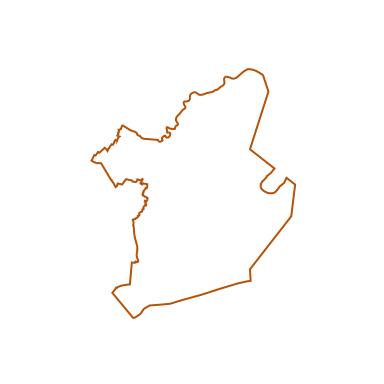 the district of Het Hogeland, Groningen, Netherlands, rotated 127°
{"feature_id": "6326949B63985747686653", "entity_name": "Het Hogeland", "entity_type": "district", "adm_level": 2, "iso_a3": "NLD", "parent_name": "Netherlands", "parent_adm1": "Groningen", "projection": "orthographic", "projection_center": [6.588, 53.413], "detail": "fine", "context": "isolated", "style": "outline", "palette": "amber", "viewbox_px": 384, "rotation_deg": 127, "n_neighbors": 0, "source": "geoboundaries", "source_scale": "gbopen_adm2", "svg_char_len": 5850}
<svg xmlns="http://www.w3.org/2000/svg" viewBox="0 0 384 384"><g transform="rotate(127 192 192)"><path d="M234.0,255.9L233.0,255.6L232.6,255.6L232.1,255.7L232.0,255.8L231.9,255.7L231.4,255.8L230.4,256.3L229.9,256.4L228.0,252.3L227.8,252.4L225.2,252.3L224.8,252.4L221.5,252.4L219.0,247.0L219.2,246.3L219.4,245.8L218.5,244.0L217.9,242.8L216.1,242.6L214.8,243.2L213.4,239.4L212.0,239.6L211.9,239.6L211.8,239.4L211.5,239.4L211.5,239.1L212.6,238.8L213.2,238.8L214.5,238.5L216.2,238.3L215.9,236.2L214.7,236.5L212.7,232.4L215.0,230.8L215.3,230.6L215.9,230.6L216.2,230.5L216.3,230.5L216.3,231.1L216.4,231.3L219.7,231.1L220.1,231.3L220.6,231.3L220.8,231.2L220.7,231.0L220.8,230.8L221.1,230.6L221.6,230.5L222.0,230.6L222.3,230.6L222.5,230.4L222.4,230.2L222.6,230.0L222.9,230.0L223.1,230.2L223.7,230.2L223.8,230.0L223.7,229.8L223.8,229.6L224.2,229.4L224.3,229.2L224.4,228.8L224.3,228.6L224.1,228.3L224.0,227.6L224.1,227.2L223.7,225.4L223.6,224.9L223.7,224.4L223.6,224.1L223.6,223.9L224.1,223.9L224.9,223.1L225.3,222.9L226.0,222.9L226.9,222.8L227.3,224.3L227.7,224.2L227.2,222.7L228.7,222.6L229.5,222.3L229.7,222.1L229.7,221.7L229.6,221.3L229.5,221.1L229.8,220.8L230.5,220.6L231.3,221.5L231.5,221.6L232.6,221.6L233.2,221.7L233.7,221.5L233.9,221.2L234.4,220.8L234.6,221.1L234.9,221.1L234.9,220.5L235.6,220.7L235.8,221.0L236.5,220.6L236.8,220.6L237.0,220.6L237.5,220.2L238.0,220.2L239.2,221.1L240.1,221.4L240.6,221.3L241.5,221.0L241.6,220.9L241.6,220.6L241.9,220.2L242.1,220.1L242.7,220.0L243.0,220.1L243.5,220.7L243.8,220.9L244.0,220.8L244.4,220.3L245.1,220.2L246.4,220.7L247.0,221.1L247.3,221.2L247.7,221.0L249.2,222.3L249.7,222.7L250.3,222.1L251.1,220.8L251.5,220.3L252.5,219.7L253.1,219.5L253.3,219.2L253.7,218.8L254.0,218.8L254.0,218.7L253.9,218.6L254.8,217.9L255.8,216.7L259.5,213.5L261.6,211.5L263.0,209.9L268.6,202.8L270.5,201.4L270.5,201.2L271.4,200.8L272.7,199.9L274.6,199.0L275.4,198.4L276.3,197.7L276.5,197.6L277.4,196.4L279.5,193.2L280.2,193.2L280.6,193.3L280.9,193.4L281.3,193.9L281.5,194.2L281.5,194.7L281.4,194.8L281.4,195.1L281.5,195.3L282.3,195.2L282.9,195.0L284.5,197.6L303.2,186.0L303.5,186.3L304.6,187.6L305.1,188.0L308.1,191.0L310.1,192.6L312.8,194.2L313.0,194.2L313.9,194.9L314.0,194.6L314.2,194.8L320.5,194.9L328.0,163.2L326.5,161.9L320.4,159.8L314.3,160.1L308.2,157.6L299.0,147.2L294.5,142.3L283.8,134.5L268.6,122.8L253.4,112.1L238.2,101.0L231.1,95.1L227.7,91.7L218.8,99.2L151.7,98.1L124.0,114.1L123.8,125.1L129.3,123.9L134.8,125.3L136.6,125.2L138.8,125.2L141.3,125.4L142.9,125.7L145.3,127.8L147.1,130.6L148.0,135.1L147.7,138.4L146.7,140.1L144.5,141.7L142.0,142.2L135.3,141.3L134.5,141.8L129.0,140.4L123.6,140.3L123.0,171.4L65.8,191.4L56.2,205.2L56.0,205.8L56.0,206.8L56.1,208.8L56.2,209.9L56.5,212.3L56.7,213.7L57.1,215.0L57.4,216.1L58.2,218.0L58.7,218.9L59.2,219.8L60.0,221.1L60.6,221.5L63.9,223.0L66.5,223.7L73.3,225.1L74.2,225.4L74.7,225.7L76.3,226.8L76.6,227.1L76.9,227.6L77.5,228.9L77.5,229.2L78.0,231.2L78.9,233.5L79.3,234.0L79.6,234.3L80.0,234.5L80.5,234.7L81.1,234.7L81.6,234.7L82.1,234.6L83.1,233.9L84.4,232.5L85.2,231.9L85.6,231.6L86.6,231.3L87.6,231.2L88.6,231.5L91.4,232.6L93.7,233.0L94.7,233.2L95.5,233.7L97.0,234.9L98.0,235.3L99.6,235.7L102.7,238.5L104.5,240.0L106.2,240.9L107.2,241.7L108.4,242.6L109.0,243.3L109.4,243.7L109.7,244.2L109.9,244.9L110.2,245.7L110.1,246.8L110.1,248.1L110.2,248.7L110.4,249.2L110.8,249.9L111.2,250.4L111.9,250.9L113.2,251.5L114.1,251.7L115.0,251.8L115.9,251.7L116.5,251.4L118.1,250.4L119.4,249.6L120.2,249.4L120.7,249.4L121.3,249.6L122.3,250.2L123.2,251.1L124.0,252.2L124.3,252.4L124.6,252.6L125.2,252.6L125.8,252.3L126.4,251.7L127.0,250.8L127.6,249.3L128.0,248.5L128.4,248.1L129.1,247.9L129.8,248.0L131.7,248.7L132.7,248.9L133.9,248.9L137.1,248.9L140.2,249.4L141.6,249.4L143.0,248.9L144.3,248.1L144.5,247.8L145.0,246.8L145.7,244.9L146.0,244.3L146.3,244.0L146.6,243.8L147.1,243.9L148.8,244.5L149.6,244.6L150.6,244.3L151.7,243.8L152.1,243.7L152.3,243.9L153.0,244.7L154.4,247.3L154.6,248.0L154.8,248.8L154.9,250.5L155.1,250.8L155.5,251.0L156.1,250.9L156.7,250.4L157.0,250.1L158.1,248.8L158.4,248.5L159.1,248.1L159.3,247.8L159.4,247.5L159.3,247.2L158.5,246.3L158.2,246.0L158.1,245.5L158.1,245.2L158.2,244.8L158.6,244.3L159.1,244.0L160.3,243.6L161.3,243.5L161.9,243.6L162.6,243.8L163.3,244.3L163.7,244.8L163.8,245.1L163.9,245.5L163.8,246.0L163.2,246.9L163.2,247.1L163.3,247.4L163.5,247.7L164.5,248.2L165.9,248.5L166.7,248.5L167.2,248.3L167.5,248.1L167.8,247.8L168.1,246.8L168.4,246.6L169.3,246.7L170.5,247.3L171.3,248.1L171.4,248.5L171.6,249.0L171.5,249.5L170.9,250.6L171.0,250.9L172.0,252.2L173.6,254.8L177.0,260.2L178.3,262.2L179.1,264.0L179.1,264.7L179.0,265.5L178.8,266.3L178.7,267.5L178.8,268.0L179.1,268.9L179.2,270.0L179.1,270.3L178.5,271.0L178.3,271.3L178.2,271.6L178.2,272.1L178.2,273.3L178.3,273.9L178.9,275.6L179.4,277.3L180.0,279.3L180.0,279.5L179.9,280.4L179.9,280.6L180.1,282.3L180.5,287.3L181.5,287.7L182.0,287.5L184.5,286.7L184.6,286.9L184.6,287.0L185.8,287.2L186.4,288.0L186.8,287.5L187.0,287.0L187.3,286.8L188.0,286.9L188.3,286.7L188.4,286.9L188.6,286.9L188.6,286.7L189.0,286.4L189.2,286.6L190.1,286.0L190.1,285.7L190.7,285.7L190.7,285.8L191.9,285.6L191.6,284.1L191.4,283.3L192.5,283.6L194.4,283.2L194.6,283.2L196.0,282.8L195.7,283.1L196.0,283.5L196.5,283.7L196.6,283.9L196.4,284.3L196.7,284.4L197.3,284.5L198.8,284.3L198.9,283.9L199.4,283.8L201.9,283.6L202.2,284.9L204.4,284.9L207.2,284.7L208.4,284.8L209.0,284.8L209.0,284.3L210.1,284.2L209.6,285.2L209.2,288.3L216.5,289.6L216.6,290.0L216.5,290.7L216.6,291.1L220.9,291.0L221.3,292.3L227.1,291.1L227.4,291.1L227.3,290.0L227.2,288.7L227.0,287.9L226.9,287.8L226.5,285.9L226.0,285.0L224.5,283.1L224.3,282.6L223.7,282.0L230.8,264.5L230.9,264.2L230.8,263.9L231.0,263.9L231.5,262.5L231.7,261.4L232.1,260.2L232.3,259.9L232.7,258.8L233.3,257.8L233.9,256.3L233.9,256.1L234.0,255.9Z" fill="none" stroke="#b45309" stroke-width="2"/></g></svg>